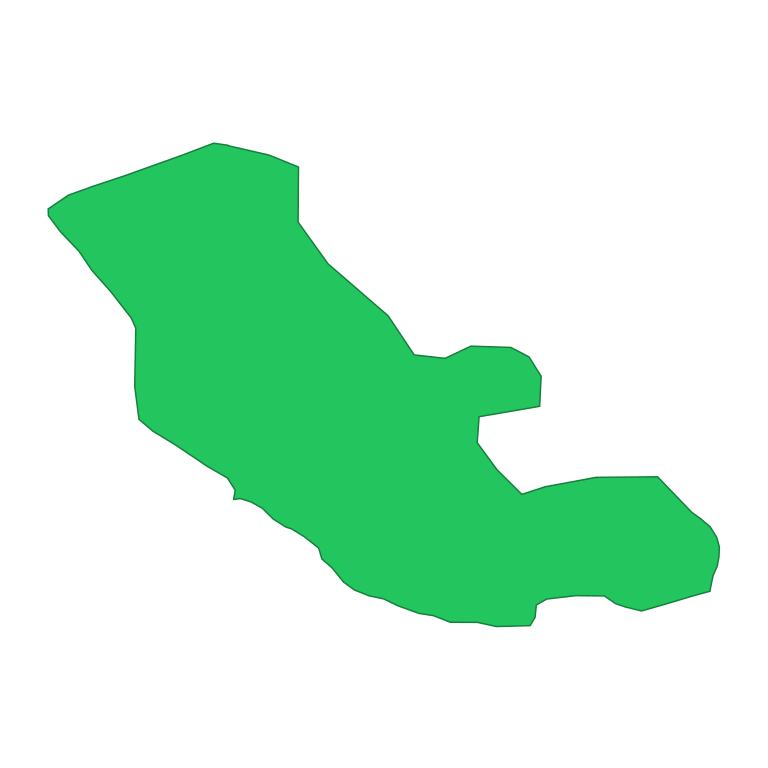 outline of Salem, Stockholm, Sweden, rotated 178°
{"feature_id": "70781695B90671145668871", "entity_name": "Salem", "entity_type": "district", "adm_level": 2, "iso_a3": "SWE", "parent_name": "Sweden", "parent_adm1": "Stockholm", "projection": "natural_earth1", "projection_center": [17.685, 59.231], "detail": "fine", "context": "isolated", "style": "filled", "palette": "green", "viewbox_px": 768, "rotation_deg": 178, "n_neighbors": 0, "source": "geoboundaries", "source_scale": "gbopen_adm2", "svg_char_len": 1180}
<svg xmlns="http://www.w3.org/2000/svg" viewBox="0 0 768 768"><g transform="rotate(178 384 384)"><path d="M531.9,628.1L545.8,630.6L578.1,619.6L636.5,601.0L666.7,592.1L692.7,583.8L713.5,570.7L713.5,563.9L702.0,547.4L684.3,527.5L671.8,507.5L654.1,486.2L634.3,458.8L630.1,448.5L633.2,390.1L630.1,357.2L616.6,344.9L594.7,330.5L563.4,307.8L543.7,295.5L536.4,283.1L538.3,273.9L531.5,274.5L520.9,270.7L509.9,264.0L499.3,252.8L487.1,244.5L481.4,242.4L469.2,234.3L455.0,222.3L452.2,211.3L442.4,202.2L431.4,187.5L420.8,179.2L406.2,172.8L392.0,169.3L377.7,161.8L357.0,153.5L342.8,150.8L326.1,143.6L298.9,142.5L280.2,137.7L246.4,137.4L241.1,145.7L239.5,157.8L228.9,163.4L199.7,165.8L171.2,164.5L160.2,156.4L150.5,152.7L134.6,148.2L120.8,151.6L105.7,155.4L83.4,161.3L65.5,165.5L64.3,170.9L61.8,181.1L57.3,190.4L55.3,199.5L54.5,209.4L56.9,219.3L63.0,229.8L72.0,238.1L80.9,245.0L113.8,281.7L175.3,283.3L226.4,275.7L250.1,268.9L274.0,294.3L292.9,322.1L290.1,348.0L229.2,356.3L226.7,386.3L238.1,406.0L255.9,416.1L295.9,418.8L322.0,407.5L352.8,412.0L377.4,451.9L435.7,506.0L464.2,548.8L461.9,603.8L491.0,616.8L531.9,627.7L531.9,628.1Z" fill="#22c55e" stroke="#15803d" stroke-width="1.5"/></g></svg>